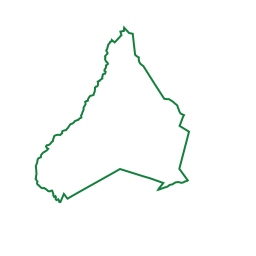 the district of Valença do Piauí, Piauí, Brazil, rotated 290°
{"feature_id": "56859067B96285294064693", "entity_name": "Valença do Piauí", "entity_type": "district", "adm_level": 2, "iso_a3": "BRA", "parent_name": "Brazil", "parent_adm1": "Piauí", "projection": "albers", "projection_center": [-41.803, -6.392], "detail": "fine", "context": "isolated", "style": "outline", "palette": "green", "viewbox_px": 256, "rotation_deg": 290, "n_neighbors": 0, "source": "geoboundaries", "source_scale": "gbopen_adm2", "svg_char_len": 2735}
<svg xmlns="http://www.w3.org/2000/svg" viewBox="0 0 256 256"><g transform="rotate(290 128 128)"><path d="M43.8,63.4L43.1,64.7L42.5,66.1L42.1,67.3L42.3,68.6L43.0,69.9L42.5,71.2L42.4,72.3L41.8,73.6L41.4,74.6L41.7,76.2L42.6,77.0L43.2,78.0L42.3,79.0L41.4,79.6L40.5,80.4L39.2,80.8L38.0,82.1L39.2,83.1L38.3,84.0L37.2,84.0L36.2,84.5L35.8,85.6L37.2,86.8L36.4,87.8L35.1,88.6L35.3,89.8L44.1,90.3L40.9,95.3L45.8,99.4L49.7,102.7L81.5,130.1L86.7,134.5L87.3,146.7L87.8,158.3L88.3,165.9L88.4,180.0L81.6,177.7L80.3,177.5L81.3,178.9L82.6,180.3L83.5,181.5L84.4,182.4L84.9,183.3L85.7,184.1L86.5,185.3L87.9,186.0L89.0,186.9L89.6,188.0L90.3,189.1L91.8,190.1L93.2,191.4L93.9,192.7L94.4,193.8L94.6,195.2L94.7,196.8L95.5,198.2L96.4,199.1L97.5,200.1L98.2,201.3L99.2,202.1L107.2,190.2L109.2,190.0L145.4,186.6L147.6,175.8L157.6,175.9L159.3,176.2L159.4,173.6L159.6,172.5L160.7,171.1L161.9,169.9L163.2,169.0L164.4,167.7L165.5,167.1L166.4,165.9L167.0,163.8L167.8,162.0L168.3,160.5L168.5,159.3L168.8,158.1L169.1,156.6L168.4,154.7L168.1,153.2L167.9,152.0L178.0,138.6L191.5,121.2L192.0,119.2L192.7,117.5L193.6,116.4L194.5,115.6L196.1,114.6L198.0,114.1L198.3,112.3L198.6,111.2L199.3,109.6L218.2,100.2L217.6,96.6L220.9,90.1L217.8,90.9L216.0,87.9L213.0,90.1L203.9,86.2L205.1,82.7L203.9,83.0L203.0,81.8L201.4,81.7L199.8,80.9L198.3,81.2L197.0,81.1L195.2,81.4L193.6,81.0L192.6,81.8L192.0,82.7L191.0,83.3L189.7,82.7L188.8,82.3L187.5,81.9L186.5,82.7L185.1,82.7L183.8,83.8L182.8,84.9L182.5,86.3L181.4,87.2L180.3,86.6L179.2,85.9L178.3,86.3L176.9,86.6L174.9,86.0L173.7,86.3L173.4,87.6L172.4,87.9L171.1,87.8L170.5,86.5L169.3,86.0L168.2,86.4L167.0,86.3L165.8,87.0L164.7,86.2L163.7,85.5L162.6,85.2L162.1,84.4L161.2,83.7L160.4,84.4L159.1,84.8L157.8,85.1L156.6,84.8L155.8,83.7L154.6,83.2L153.3,83.7L152.0,83.9L150.7,84.3L149.1,84.1L147.5,84.4L146.6,83.4L145.9,82.6L145.4,81.6L143.8,81.0L142.7,80.8L141.4,80.6L139.8,80.9L138.9,79.5L138.0,78.8L137.0,79.5L135.5,80.0L133.8,79.6L132.2,79.3L131.1,79.5L130.1,80.0L128.8,80.0L127.4,79.8L125.3,80.0L123.8,79.6L122.9,80.1L121.8,80.6L121.0,79.8L120.1,79.0L118.9,78.7L118.1,77.7L117.4,76.9L116.3,75.7L114.4,75.1L113.1,74.2L112.4,73.1L111.4,72.4L110.3,72.2L109.0,71.8L107.7,71.6L106.6,71.0L105.2,70.7L104.3,69.6L103.5,68.4L102.5,67.4L101.4,67.5L100.4,67.9L99.5,67.2L98.3,66.8L98.0,65.5L97.6,64.3L96.7,62.9L95.7,61.7L94.7,61.4L93.6,61.6L91.9,61.5L89.9,61.9L89.0,61.1L87.2,60.6L85.6,59.9L84.4,58.5L83.9,57.5L82.5,57.3L81.4,58.7L81.2,60.1L80.2,59.8L79.1,59.3L78.1,58.5L76.9,57.6L76.2,56.9L74.9,56.3L73.1,55.6L70.7,56.1L69.9,55.2L68.9,54.2L67.6,53.9L64.2,54.5L60.7,54.4L58.2,55.6L57.2,56.1L53.1,57.9L51.2,58.0L49.9,58.6L48.7,58.5L48.1,59.4L47.3,60.3L46.8,61.2L45.0,61.4L43.9,62.3L43.8,63.4Z" fill="none" stroke="#15803d" stroke-width="2"/></g></svg>